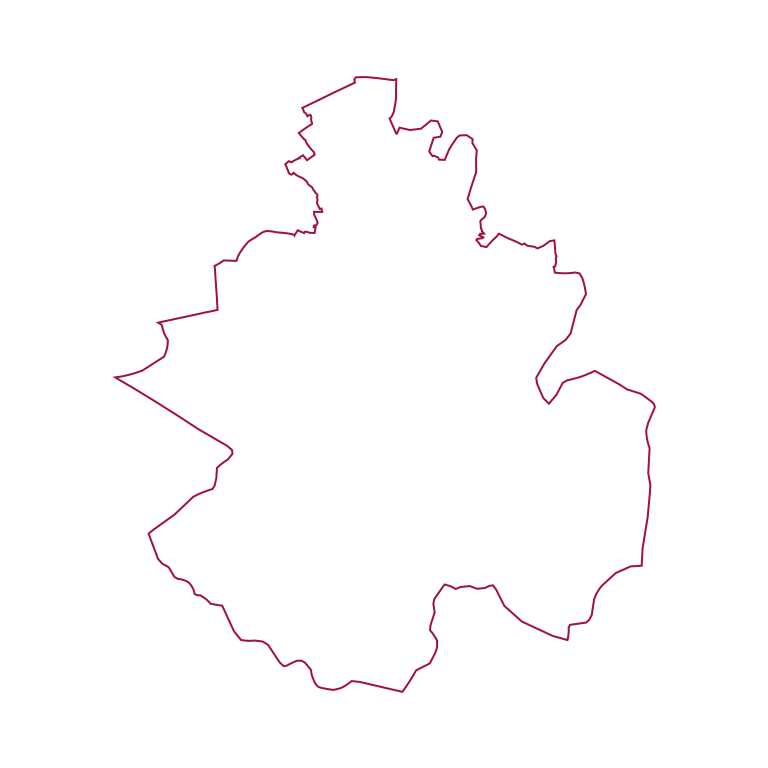 outline of Copacele, Caras-Severin, Romania, rotated 353°
{"feature_id": "2599482B86602840637576", "entity_name": "Copacele", "entity_type": "district", "adm_level": 2, "iso_a3": "ROU", "parent_name": "Romania", "parent_adm1": "Caras-Severin", "projection": "natural_earth1", "projection_center": [22.073, 45.483], "detail": "fine", "context": "isolated", "style": "outline", "palette": "rose", "viewbox_px": 768, "rotation_deg": 353, "n_neighbors": 0, "source": "geoboundaries", "source_scale": "gbopen_adm2", "svg_char_len": 5731}
<svg xmlns="http://www.w3.org/2000/svg" viewBox="0 0 768 768"><g transform="rotate(353 384 384)"><path d="M617.6,595.8L620.6,578.7L629.5,548.2L634.9,523.2L636.1,516.5L635.4,504.8L639.8,480.0L638.9,475.5L638.4,471.0L638.3,466.5L638.6,462.0L641.4,454.9L649.9,440.3L649.9,438.8L649.6,437.4L649.0,436.0L648.1,434.7L647.3,433.9L637.8,425.0L624.6,419.0L617.3,412.9L594.8,396.6L591.4,397.8L588.0,398.8L584.5,399.8L581.0,400.6L577.4,401.3L573.8,401.8L570.2,402.3L566.6,402.6L561.6,404.6L553.7,415.9L545.3,423.6L540.3,417.2L536.0,402.4L535.8,396.4L545.7,383.2L560.1,367.5L569.6,362.4L575.4,356.5L584.2,334.1L588.4,329.8L595.4,319.4L595.3,315.9L595.1,312.3L594.7,308.8L594.2,305.3L593.7,303.0L591.5,298.0L587.1,296.6L582.0,296.6L577.0,296.2L572.1,295.4L567.2,294.3L566.6,288.3L568.2,288.2L568.7,286.7L569.4,285.1L569.8,283.0L569.9,280.1L570.8,278.3L570.0,275.5L570.5,266.9L570.5,262.2L566.0,262.4L558.8,266.4L552.9,268.1L549.7,266.0L543.3,264.4L540.6,261.7L539.9,262.2L537.6,262.4L535.9,261.1L532.0,258.5L525.1,254.6L516.3,248.8L513.6,251.5L509.4,254.5L502.3,260.6L496.9,258.7L495.4,255.5L493.2,252.4L494.0,251.4L497.4,251.3L499.7,251.3L500.5,250.5L498.8,249.4L496.6,248.1L496.6,247.8L497.9,246.6L500.2,247.0L501.7,246.9L499.9,244.5L499.9,243.3L499.3,241.7L499.5,241.3L499.1,240.4L499.4,238.6L499.4,234.3L501.1,232.4L503.5,231.3L505.1,229.3L506.2,226.8L505.7,222.7L504.2,219.9L501.4,220.0L497.3,220.8L493.5,221.7L492.2,217.5L489.5,210.7L494.6,199.1L501.3,184.9L502.9,171.3L504.6,163.6L501.1,155.7L501.8,151.8L496.4,147.1L489.4,146.5L486.3,148.4L481.0,154.4L480.4,155.1L477.1,159.3L471.6,169.0L465.9,168.0L465.4,165.9L461.5,163.5L460.0,163.8L457.2,158.8L457.8,157.4L463.3,145.7L470.1,145.4L472.5,141.0L469.4,129.9L462.7,128.2L451.9,135.1L440.8,135.1L430.7,131.5L427.2,137.2L426.7,136.9L425.9,134.5L421.9,121.2L422.9,120.5L423.9,119.9L426.8,115.3L429.0,108.2L430.6,102.8L431.0,99.9L431.8,93.8L432.9,86.1L433.2,84.0L433.3,83.3L433.3,82.9L430.4,83.6L418.0,80.4L406.8,77.8L402.2,77.0L393.4,76.2L391.6,78.1L391.9,81.3L369.8,88.6L357.5,92.9L336.6,100.0L336.9,100.5L337.3,102.3L337.9,104.6L339.0,105.5L340.1,107.0L340.6,108.9L343.4,107.7L344.1,108.6L344.4,110.6L343.8,112.7L344.0,114.8L344.3,116.2L344.3,117.1L339.0,119.6L330.0,124.5L334.7,131.6L335.7,132.2L336.0,134.0L337.1,136.7L338.9,139.8L340.2,141.9L342.8,145.5L342.9,146.8L343.2,147.9L334.9,152.5L331.5,147.1L327.4,149.0L327.7,149.7L326.9,149.7L325.8,150.0L323.5,150.8L320.7,151.9L319.1,152.7L317.9,151.7L317.2,151.7L316.5,151.3L312.8,153.9L313.8,156.9L314.2,158.9L314.9,160.5L315.1,163.0L317.3,164.9L318.6,164.6L319.9,163.3L321.5,164.9L322.1,165.7L325.6,168.2L328.2,169.7L330.7,172.2L332.3,174.2L333.2,176.9L334.7,178.2L336.9,180.4L337.0,181.2L337.2,182.0L338.0,183.5L338.7,184.3L339.1,185.7L340.2,186.8L340.7,187.6L341.0,189.1L340.0,190.5L340.3,191.3L340.5,193.3L340.2,193.9L339.7,195.1L339.6,196.7L340.4,199.1L341.6,202.5L343.3,202.2L343.6,205.7L335.5,204.6L335.3,207.7L336.2,209.9L337.2,213.1L337.8,215.9L336.2,218.3L334.9,218.1L333.8,218.2L333.3,219.8L335.1,220.3L333.6,225.6L331.2,225.3L329.4,225.1L325.4,223.4L323.9,223.3L323.1,224.5L317.1,220.9L315.3,223.0L313.5,225.3L313.5,225.2L313.1,225.1L312.9,225.0L310.1,223.8L308.4,223.3L305.8,222.5L304.3,222.2L304.2,222.1L302.0,221.6L299.0,221.0L297.6,220.7L296.5,220.4L295.5,220.3L294.7,220.0L293.6,219.6L292.5,219.2L291.9,219.0L291.7,219.0L289.2,218.4L288.1,218.2L287.7,218.1L286.9,217.8L286.6,217.8L285.7,217.9L283.2,218.3L281.5,218.8L280.6,219.3L278.7,220.2L275.8,221.8L275.5,222.1L267.5,225.7L266.3,226.6L261.0,231.5L257.0,236.2L254.6,239.5L252.5,243.8L240.0,241.8L236.6,243.6L232.4,245.4L230.4,246.1L230.2,246.1L230.2,249.7L230.1,250.6L230.0,253.1L229.6,259.5L229.5,260.3L229.4,264.4L229.2,266.8L228.9,273.2L228.5,280.1L228.0,287.0L227.8,290.2L219.7,290.9L214.0,291.3L209.3,291.8L202.3,292.4L198.7,292.8L191.2,293.4L181.5,294.3L171.2,295.2L167.3,295.6L170.7,298.4L171.1,302.5L171.9,306.5L173.2,310.4L174.8,314.2L174.1,318.3L172.9,322.3L171.2,326.2L169.1,330.0L145.8,341.2L139.0,342.7L132.1,343.8L125.1,344.5L118.1,344.7L137.5,359.7L156.6,374.9L175.5,390.4L194.1,406.1L220.8,426.3L225.1,431.1L225.1,434.8L219.8,439.9L216.7,441.4L213.7,443.1L210.8,444.9L208.0,446.9L206.1,457.0L203.5,464.1L201.0,467.3L195.8,468.3L190.7,469.5L185.7,471.0L180.8,472.8L160.1,488.1L136.5,501.0L132.1,503.9L138.4,530.0L141.7,535.0L148.0,539.7L152.4,549.9L155.7,552.3L158.5,553.0L161.1,554.1L163.6,555.4L165.8,557.1L166.8,558.4L167.7,559.8L168.5,561.3L169.1,562.9L169.7,564.4L170.1,566.0L170.5,569.4L171.6,570.2L172.8,570.8L174.2,571.2L175.6,571.2L178.0,573.0L180.1,574.8L181.9,576.7L183.6,578.8L185.1,581.0L196.4,584.4L205.0,611.2L210.9,620.6L214.2,621.6L217.6,622.3L218.0,622.4L221.3,622.7L224.6,622.9L232.1,624.8L237.1,628.7L246.4,647.4L250.1,651.9L253.6,651.6L256.1,650.5L258.7,649.6L261.3,648.8L264.0,648.1L268.4,648.6L271.7,651.0L276.7,658.9L276.7,662.1L277.1,665.3L278.5,670.8L279.3,672.8L280.6,675.0L281.4,676.0L282.4,676.9L284.9,678.0L290.7,679.9L296.6,681.5L303.9,680.6L304.2,680.5L307.3,679.4L310.2,678.0L313.0,676.5L315.7,674.9L323.5,676.7L364.7,691.8L365.0,691.5L369.0,687.1L373.2,682.2L377.2,677.2L381.0,672.1L395.4,666.9L402.5,656.5L404.6,651.9L405.4,645.3L404.3,642.4L403.0,639.5L401.5,636.8L399.7,634.1L400.7,629.3L406.5,616.7L406.2,608.2L407.7,603.6L419.6,590.4L422.4,591.5L425.2,592.8L427.8,594.4L430.2,596.2L435.3,594.8L444.5,595.0L451.4,598.6L459.5,598.8L461.1,598.1L462.8,597.6L464.6,597.2L466.5,597.1L467.6,597.1L470.3,601.8L476.4,618.9L491.8,636.5L520.7,654.6L534.9,660.5L535.9,657.6L536.7,654.5L537.3,651.5L537.6,648.3L539.3,645.7L555.7,645.4L559.1,642.9L562.0,638.7L566.2,623.6L567.3,621.4L569.0,618.5L571.1,615.7L573.4,613.0L575.9,610.6L591.1,599.8L606.5,595.1L617.6,595.8Z" fill="none" stroke="#9f1239" stroke-width="2"/></g></svg>